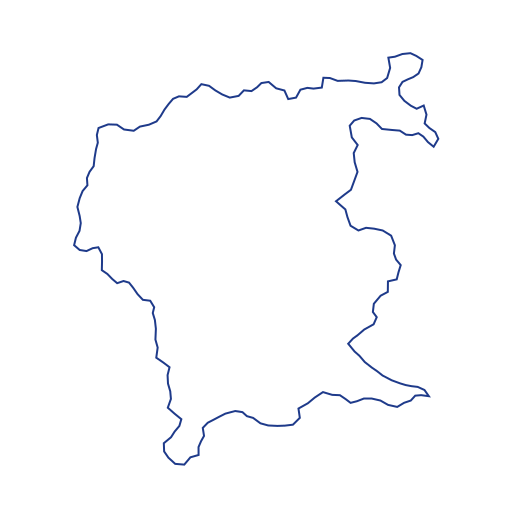 outline of Nacip Raydan, Minas Gerais, Brazil, rotated 4°
{"feature_id": "56859067B95116732542422", "entity_name": "Nacip Raydan", "entity_type": "district", "adm_level": 2, "iso_a3": "BRA", "parent_name": "Brazil", "parent_adm1": "Minas Gerais", "projection": "orthographic", "projection_center": [-42.174, -18.485], "detail": "fine", "context": "isolated", "style": "outline", "palette": "blue", "viewbox_px": 512, "rotation_deg": 4, "n_neighbors": 0, "source": "geoboundaries", "source_scale": "gbopen_adm2", "svg_char_len": 2782}
<svg xmlns="http://www.w3.org/2000/svg" viewBox="0 0 512 512"><g transform="rotate(4 256 256)"><path d="M438.2,383.8L433.4,377.9L426.4,375.3L420.1,375.0L414.3,374.3L408.6,373.0L400.0,370.5L390.6,366.4L384.9,362.5L379.3,359.2L371.9,354.2L366.2,348.4L361.0,344.4L354.1,337.1L358.5,331.6L362.9,327.9L369.1,321.8L378.1,315.9L380.7,308.6L376.5,303.7L376.9,295.4L383.1,286.9L390.0,282.6L389.4,272.1L398.0,269.5L399.3,262.2L401.0,255.0L396.0,249.8L393.4,243.9L393.8,235.6L389.4,226.3L380.6,221.7L371.9,220.5L363.8,220.2L356.4,223.4L348.2,219.2L344.5,210.8L341.9,203.3L336.7,199.4L332.0,195.8L340.1,188.5L346.1,183.3L348.6,174.7L351.4,165.0L347.9,155.6L346.3,146.5L349.7,138.2L343.3,131.0L340.4,119.5L344.5,114.0L351.7,110.9L360.1,111.3L367.0,115.3L372.8,120.5L382.8,120.8L390.7,120.9L397.2,124.5L403.4,124.5L409.4,122.2L414.6,125.2L419.6,130.4L425.6,134.6L429.7,126.4L426.2,119.9L420.0,116.2L415.0,112.0L416.2,103.1L412.8,94.2L406.0,97.9L400.0,95.3L393.2,90.9L387.9,85.3L386.9,77.8L390.0,72.1L395.1,69.2L400.3,66.6L405.4,62.6L407.8,56.1L408.5,48.8L401.9,45.2L395.9,42.9L387.9,44.3L380.7,47.5L374.2,48.9L376.7,59.0L374.4,69.3L369.2,73.9L361.6,75.6L352.7,75.6L343.3,74.5L336.0,74.5L325.2,75.6L317.3,73.3L310.8,73.5L309.9,83.4L301.7,85.0L295.5,84.7L288.7,87.0L284.9,95.2L277.2,97.2L272.8,88.9L264.4,87.3L256.5,81.5L249.3,83.1L245.3,87.6L240.0,91.8L232.4,91.6L227.5,97.5L218.8,99.8L211.0,97.2L203.8,93.6L197.3,89.5L189.5,88.4L185.2,93.9L180.4,98.1L175.8,102.1L168.0,102.1L162.3,105.0L158.3,110.4L154.5,116.3L151.1,123.1L147.4,128.7L140.0,132.5L131.2,135.0L125.3,139.6L115.5,139.0L108.1,134.7L99.4,135.0L90.0,139.3L88.8,146.4L90.3,154.0L89.0,160.4L88.1,169.6L87.8,177.7L84.1,183.6L81.9,190.0L82.9,197.2L78.5,203.3L76.1,210.6L74.4,219.5L77.3,228.4L78.9,235.4L78.2,243.2L75.1,250.3L73.8,257.9L79.7,262.3L86.6,262.9L92.5,259.6L98.1,258.3L102.2,264.9L102.8,272.4L103.2,280.9L109.0,284.3L114.1,288.9L119.4,292.8L125.6,290.2L131.2,291.4L135.6,296.2L140.5,302.3L146.2,307.6L153.6,308.0L158.0,314.2L157.0,320.1L159.6,326.9L161.2,335.6L161.5,346.4L164.3,354.2L163.6,364.4L170.9,368.7L177.5,373.0L176.1,381.0L177.1,389.4L179.9,397.0L181.1,404.5L178.6,413.5L185.8,419.0L192.9,424.0L191.4,430.9L187.1,436.8L183.9,442.7L177.1,449.2L178.0,457.4L182.7,463.3L189.9,469.0L199.0,469.1L204.6,461.4L212.6,458.5L212.0,450.6L214.1,444.6L216.7,439.1L214.9,431.2L219.5,425.7L225.1,422.3L230.4,419.0L236.4,415.4L246.0,412.1L253.4,412.7L258.1,416.4L264.4,417.7L272.1,422.6L280.0,424.2L289.3,424.0L296.7,423.2L304.6,421.7L311.0,414.4L309.0,405.2L318.0,399.3L324.5,393.1L332.3,387.1L341.7,389.2L349.4,389.0L355.4,392.5L360.6,395.9L366.9,393.8L373.5,390.7L381.2,390.1L390.2,391.5L398.1,395.3L407.4,396.7L414.0,392.1L420.5,389.4L424.6,384.2L430.4,383.3L438.2,383.8Z" fill="none" stroke="#1e3a8a" stroke-width="2"/></g></svg>